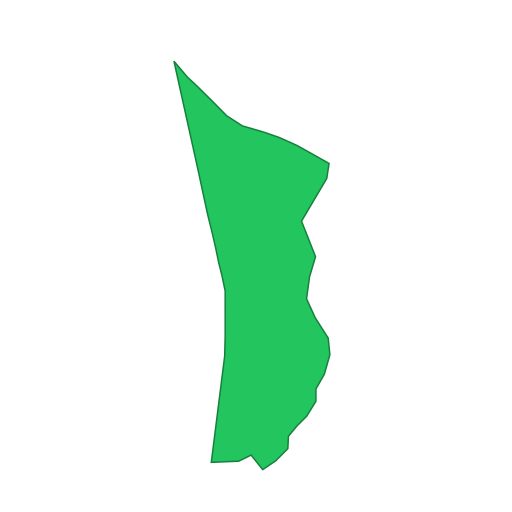 the district of General Maynard, Sergipe, Brazil, rotated 256°
{"feature_id": "56859067B22941727243395", "entity_name": "General Maynard", "entity_type": "district", "adm_level": 2, "iso_a3": "BRA", "parent_name": "Brazil", "parent_adm1": "Sergipe", "projection": "robinson", "projection_center": [-36.973, -10.693], "detail": "fine", "context": "isolated", "style": "filled", "palette": "green", "viewbox_px": 512, "rotation_deg": 256, "n_neighbors": 0, "source": "geoboundaries", "source_scale": "gbopen_adm2", "svg_char_len": 653}
<svg xmlns="http://www.w3.org/2000/svg" viewBox="0 0 512 512"><g transform="rotate(256 256 256)"><path d="M66.6,162.7L61.1,189.5L64.0,203.1L47.1,210.8L52.5,225.6L61.4,240.3L73.3,243.9L81.1,254.5L88.4,266.6L100.6,279.0L112.5,282.0L124.9,293.8L142.3,303.8L158.9,306.2L181.8,298.5L202.3,294.7L223.0,303.0L240.9,313.6L278.8,308.6L314.1,343.4L328.1,349.3L353.1,322.8L365.0,307.7L373.6,294.7L385.5,274.3L399.0,261.6L416.9,251.0L434.8,240.1L446.2,232.7L464.9,223.5L354.1,220.6L327.1,219.7L307.6,219.1L291.0,219.1L273.1,218.8L259.1,218.2L244.3,218.2L229.5,217.6L185.7,206.7L166.5,201.4L66.6,162.7Z" fill="#22c55e" stroke="#15803d" stroke-width="1.5"/></g></svg>